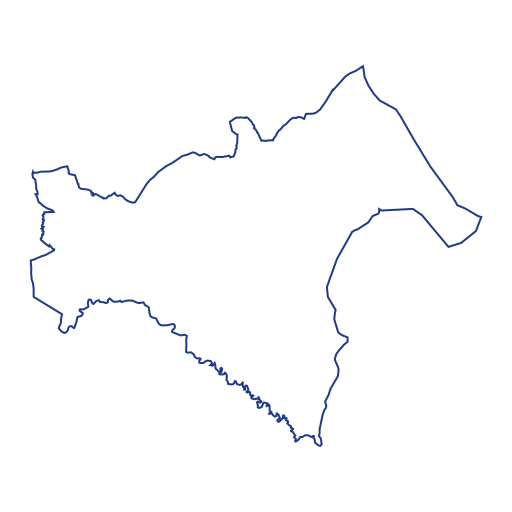 the district of Kyela, Mbeya, United Republic of Tanzania
{"feature_id": "72390352B41643980878870", "entity_name": "Kyela", "entity_type": "district", "adm_level": 2, "iso_a3": "TZA", "parent_name": "United Republic of Tanzania", "parent_adm1": "Mbeya", "projection": "orthographic", "projection_center": [33.836, -9.544], "detail": "fine", "context": "isolated", "style": "outline", "palette": "blue", "viewbox_px": 512, "rotation_deg": 0, "n_neighbors": 0, "source": "geoboundaries", "source_scale": "gbopen_adm2", "svg_char_len": 5983}
<svg xmlns="http://www.w3.org/2000/svg" viewBox="0 0 512 512"><path d="M481.3,217.1L477.7,215.9L465.4,208.6L457.4,205.2L452.8,197.2L430.4,166.6L413.3,138.6L400.5,116.2L395.9,109.4L379.7,100.5L373.7,93.7L368.4,85.5L364.7,77.3L363.0,66.2L355.7,70.9L349.7,73.5L345.2,76.7L333.0,90.3L332.7,89.9L326.0,101.1L320.1,109.5L316.3,112.5L313.7,113.6L306.0,113.9L304.1,118.9L301.1,117.4L299.2,116.9L297.4,117.3L296.3,118.0L293.1,117.8L292.4,118.2L290.0,119.9L286.0,124.2L283.7,125.6L280.3,129.5L278.8,130.6L276.6,133.9L276.2,135.3L273.3,139.1L273.2,140.3L268.0,140.4L265.8,141.0L264.1,140.6L261.3,140.7L257.9,133.0L257.1,132.5L256.8,131.4L255.4,129.3L254.3,128.7L254.0,128.1L254.5,127.2L253.9,125.3L253.4,125.2L251.3,121.5L247.8,117.9L246.1,117.2L245.5,117.9L241.6,117.5L235.9,117.7L229.8,121.9L232.2,131.1L237.1,134.8L237.5,134.7L237.2,142.9L236.2,146.2L236.7,146.9L236.6,148.2L235.6,149.2L235.3,152.6L233.5,156.6L230.7,157.1L230.3,157.4L229.3,155.7L222.4,157.0L216.1,156.9L215.1,157.8L214.3,159.3L209.3,157.1L209.0,156.1L205.7,154.5L204.1,154.0L199.6,155.5L195.0,152.8L192.7,152.4L187.5,154.6L182.3,156.0L173.6,162.1L166.5,166.0L158.3,171.9L154.0,176.7L149.6,180.3L146.2,184.6L135.2,202.2L133.1,202.7L130.3,202.0L127.1,200.6L125.1,199.1L122.9,196.6L120.3,195.3L117.9,195.9L116.0,194.9L114.6,192.8L110.9,195.5L108.7,195.9L106.5,198.2L103.5,198.5L103.0,197.7L102.3,197.7L97.0,194.6L95.4,194.0L93.0,195.7L92.4,195.2L93.4,194.8L93.3,193.6L93.0,193.0L92.2,192.8L91.4,193.1L91.2,191.2L88.4,189.7L80.8,188.7L79.0,187.3L78.3,183.9L77.9,183.9L75.0,175.2L69.6,174.1L68.5,173.1L68.9,171.5L67.3,166.3L61.2,167.5L56.9,169.5L52.2,171.0L49.7,171.5L40.6,171.7L37.7,172.6L34.7,172.7L33.6,173.1L33.0,171.8L32.4,174.1L33.0,177.6L35.2,179.6L36.2,185.9L36.2,189.0L37.3,191.4L37.6,192.9L37.6,194.2L35.6,194.2L37.1,197.1L38.8,202.4L40.2,203.1L43.1,205.8L46.9,208.2L52.5,210.4L53.6,211.9L44.2,212.3L44.2,214.2L43.5,214.2L42.6,215.2L43.4,216.9L43.5,218.8L42.8,219.1L43.1,220.1L43.9,220.5L42.8,222.4L43.2,222.7L42.6,224.9L42.0,225.3L42.6,226.3L42.1,226.6L42.3,227.1L43.5,227.0L42.8,228.5L41.7,228.8L42.7,229.6L42.5,231.2L43.5,231.4L43.6,231.8L43.1,233.5L43.3,234.5L43.1,234.8L42.1,234.7L41.6,238.0L40.8,238.3L40.7,239.1L41.6,240.7L42.5,241.0L43.3,242.1L44.6,242.8L45.7,244.2L46.5,244.4L48.6,246.2L49.5,245.2L49.8,246.4L50.5,246.1L52.7,248.8L54.2,249.3L53.9,250.4L45.6,255.0L41.7,256.2L34.0,259.5L30.7,260.5L31.3,268.7L31.1,272.5L31.7,279.7L33.0,283.1L33.7,289.4L33.6,296.1L33.8,297.0L62.0,314.2L60.9,319.7L61.0,321.8L60.5,324.0L59.2,326.6L58.8,328.3L61.4,331.4L64.3,333.0L65.9,332.4L67.4,330.9L68.8,327.1L70.3,326.1L71.6,326.2L73.8,328.1L74.3,327.9L76.4,322.3L77.4,317.0L81.2,316.0L82.8,313.9L82.7,312.9L80.0,311.2L79.5,310.1L80.1,309.3L83.5,309.4L88.0,307.0L88.4,306.1L87.8,303.6L88.5,300.0L89.5,299.4L90.9,299.9L92.2,303.0L93.1,303.9L93.7,303.8L95.7,301.5L97.3,300.6L98.9,300.3L100.0,302.0L102.7,302.1L104.7,302.5L105.3,302.9L106.6,303.0L107.8,302.2L108.0,299.9L109.7,298.5L112.9,301.3L114.9,301.9L118.6,301.4L120.2,300.7L121.5,302.0L127.2,300.6L129.6,300.5L132.7,300.7L135.7,302.1L138.9,303.1L143.5,302.4L145.1,305.2L147.2,306.2L148.8,307.6L149.5,313.1L150.6,316.5L152.6,317.5L156.1,318.5L158.8,323.8L160.7,325.1L162.4,325.4L167.4,325.2L173.2,323.9L174.4,324.9L175.0,326.2L174.5,328.2L172.3,330.3L172.0,331.3L172.3,332.1L180.7,335.4L184.8,334.8L186.8,335.9L186.2,340.4L186.4,344.2L186.1,352.0L187.4,352.6L191.3,352.4L194.0,354.8L194.7,356.9L197.3,358.5L199.8,358.3L200.6,358.9L199.2,361.0L199.3,362.6L200.2,363.0L203.4,363.0L206.0,361.0L207.4,360.6L210.6,361.0L211.8,362.7L211.6,364.1L210.3,365.2L212.7,365.7L214.6,363.0L215.4,365.7L215.5,368.2L216.4,369.5L217.3,370.0L218.9,371.8L219.9,372.0L220.6,371.2L220.4,368.6L221.1,367.9L222.1,368.6L221.6,371.7L219.3,373.4L219.3,373.8L219.7,374.3L222.4,374.5L223.9,374.2L224.9,372.7L225.5,373.0L226.9,375.6L226.5,379.9L227.7,381.6L228.1,383.9L231.8,384.5L233.2,384.1L234.2,383.1L234.9,381.1L235.8,381.4L237.1,384.2L239.8,385.0L241.3,384.3L242.6,382.6L242.9,383.0L242.6,384.4L243.0,386.9L244.2,387.7L244.1,389.6L245.1,389.6L245.0,387.0L245.3,386.0L246.3,385.5L247.1,386.0L248.4,389.8L248.0,390.6L246.6,391.7L246.6,392.2L247.3,392.5L249.7,392.0L250.2,392.8L250.2,394.9L250.9,395.7L252.8,395.3L253.3,395.6L252.9,396.2L251.7,396.8L251.3,397.4L251.4,398.3L254.4,399.2L255.1,399.2L255.7,398.7L258.0,398.9L258.5,397.2L258.8,397.3L259.6,399.8L260.7,400.8L261.2,401.8L260.6,402.5L259.6,402.5L257.8,401.6L257.2,402.0L257.2,403.3L257.9,405.2L257.8,407.3L258.7,407.9L260.0,407.8L261.8,406.8L263.5,402.7L264.5,402.6L267.9,403.6L267.8,404.5L266.6,405.6L266.7,406.1L269.3,405.2L269.6,406.2L269.6,410.4L270.0,411.1L271.4,412.0L271.3,412.5L269.7,413.0L269.1,413.7L269.8,413.9L271.1,413.2L272.0,413.5L272.7,414.9L274.8,416.6L276.4,416.0L276.6,413.5L277.2,413.5L278.4,414.6L279.9,418.0L279.7,418.5L277.4,420.0L277.5,421.2L278.3,421.8L279.4,421.5L282.6,418.3L283.2,415.4L284.1,415.6L284.5,416.0L284.1,418.1L285.1,418.4L286.4,418.1L286.5,418.6L285.9,420.0L286.5,420.6L287.7,420.9L288.2,421.9L287.3,423.4L289.4,425.4L290.7,425.9L291.1,427.9L292.6,428.3L293.1,429.1L291.2,430.5L291.1,431.3L292.4,431.5L295.2,435.5L294.0,437.0L295.9,439.0L295.1,441.2L295.4,441.5L296.4,441.2L298.4,439.8L300.2,437.0L302.3,437.1L305.2,435.2L309.1,435.5L310.2,436.5L311.5,436.9L313.5,435.9L314.0,436.3L313.2,437.6L314.5,439.0L315.1,442.6L317.6,444.8L319.3,445.7L320.4,445.8L321.6,444.5L321.1,439.9L320.6,438.3L319.0,436.0L319.6,433.1L319.6,429.3L322.6,414.9L324.3,410.1L325.8,408.1L326.3,405.7L325.1,401.6L328.7,394.7L330.4,389.0L337.9,376.1L338.6,369.7L338.0,367.0L335.2,360.7L334.8,358.8L336.3,354.1L338.8,350.6L343.9,344.8L347.5,341.8L347.6,341.3L347.5,337.3L342.7,335.5L339.6,333.6L338.4,332.4L337.9,331.2L334.3,319.5L334.7,314.6L335.6,309.9L327.9,297.0L326.9,287.0L337.0,258.9L352.2,231.8L354.8,230.3L358.0,229.1L368.3,222.4L372.6,216.1L378.4,213.6L379.1,212.0L379.2,209.0L381.5,210.5L412.9,208.9L422.0,215.2L448.5,246.9L461.2,242.9L475.9,231.1L481.3,217.1Z" fill="none" stroke="#1e3a8a" stroke-width="2"/></svg>